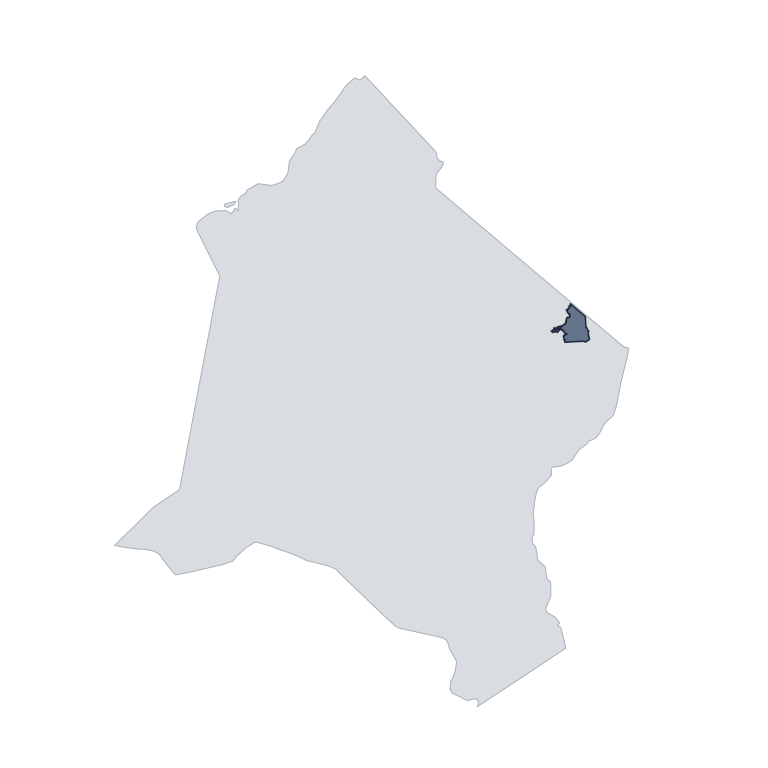 Kilgoris, Rift Valley, Kenya (highlighted), rotated 191°
{"feature_id": "3690345B49962205101636", "entity_name": "Kilgoris", "entity_type": "district", "adm_level": 2, "iso_a3": "KEN", "parent_name": "Kenya", "parent_adm1": "Rift Valley", "projection": "orthographic", "projection_center": [35.018, -1.222], "detail": "fine", "context": "in_parent", "style": "filled", "palette": "slate", "viewbox_px": 768, "rotation_deg": 191, "n_neighbors": 0, "source": "geoboundaries", "source_scale": "gbopen_adm2", "svg_char_len": 7495}
<svg xmlns="http://www.w3.org/2000/svg" viewBox="0 0 768 768"><g transform="rotate(191 384 384)"><path d="M150.6,465.9L150.4,455.9L151.8,430.4L151.6,408.0L152.9,396.8L158.4,389.7L161.0,384.6L162.8,377.4L165.7,371.5L172.3,366.7L173.4,364.1L180.4,356.1L184.6,345.8L187.7,342.3L191.6,339.1L194.4,337.4L199.0,335.7L202.5,334.7L203.2,333.9L203.5,332.3L202.3,325.9L203.8,323.8L206.3,319.6L209.0,315.6L211.6,313.1L213.0,310.5L213.6,306.0L213.7,302.9L213.7,297.7L212.9,285.9L210.0,276.1L208.1,265.1L209.5,261.4L207.2,255.0L206.0,254.6L204.1,253.2L201.7,247.2L199.9,241.6L198.8,240.2L190.9,235.4L187.0,223.9L182.6,221.4L180.2,210.0L179.8,206.8L182.3,195.4L182.0,192.8L179.4,190.4L172.0,188.0L166.1,183.3L166.8,181.7L167.3,180.0L164.1,178.9L155.0,159.5L166.8,147.9L178.7,136.1L193.9,121.2L207.9,107.5L220.0,95.7L230.7,85.2L230.5,87.2L230.5,89.8L231.8,91.5L234.1,92.6L237.1,91.4L239.8,89.8L242.4,89.4L258.6,93.8L261.3,97.6L261.2,101.8L261.9,104.8L260.6,107.7L259.3,116.8L259.7,125.1L264.5,131.3L268.9,136.1L272.4,142.9L274.9,145.0L278.4,146.1L289.5,146.4L306.0,146.8L321.8,147.3L323.3,147.4L326.6,148.3L341.3,157.5L354.6,166.0L365.9,173.3L376.9,180.4L387.6,187.3L395.9,193.0L404.1,194.8L417.3,195.6L426.5,195.9L435.0,198.4L447.6,200.6L457.0,201.8L462.6,203.1L478.4,204.4L481.0,203.7L487.9,197.3L495.6,187.0L498.6,181.3L508.6,175.7L526.2,167.8L538.6,162.3L552.3,156.8L558.6,161.6L567.3,169.4L571.2,173.3L574.3,175.0L579.0,176.1L584.7,176.1L587.8,176.0L594.2,175.0L609.1,174.1L617.6,174.2L610.5,184.5L602.0,196.8L586.4,219.6L574.4,231.5L565.3,240.6L564.5,242.2L564.6,252.3L564.8,277.0L565.1,326.5L565.4,376.0L565.6,425.5L565.7,450.2L565.7,458.6L573.7,469.0L581.5,479.2L591.8,492.6L597.3,499.9L598.2,502.3L597.9,507.1L589.4,517.2L582.4,521.7L573.0,523.9L570.2,523.5L566.5,522.0L565.0,524.5L563.9,528.2L561.9,527.4L560.3,526.3L561.2,533.0L562.2,536.3L560.7,540.8L556.2,544.7L555.7,548.0L545.8,556.6L531.8,557.5L524.4,561.8L521.2,565.3L518.6,573.0L519.4,584.7L515.5,593.8L514.7,598.3L507.5,604.2L504.3,609.5L501.9,615.0L499.8,617.4L497.3,629.7L493.9,637.2L492.9,639.6L492.1,641.9L489.4,646.2L487.7,649.2L486.5,651.2L477.9,670.3L471.1,678.9L465.9,677.9L462.4,681.3L462.1,682.8L460.2,681.9L455.9,678.8L446.9,672.3L438.0,665.8L429.1,659.3L420.1,652.8L411.1,646.3L402.2,639.8L393.2,633.3L384.3,626.8L379.0,623.0L376.7,620.7L374.9,616.2L374.0,615.1L371.6,613.7L368.8,613.4L367.9,612.6L368.0,610.4L369.0,607.3L372.3,601.3L372.7,597.8L372.0,593.9L371.0,587.5L370.1,586.0L364.2,582.7L351.7,575.7L339.2,568.7L326.7,561.7L314.2,554.7L301.7,547.7L289.2,540.7L276.7,533.7L264.2,526.7L251.6,519.7L239.1,512.7L226.6,505.7L214.1,498.7L201.6,491.7L189.0,484.7L176.5,477.8L164.0,470.8L159.3,468.1L155.1,465.9L150.6,465.9ZM566.4,534.2L564.2,534.8L565.4,531.4L571.8,527.1L574.4,528.1L574.9,529.1L574.7,530.0L573.6,530.8L566.4,534.2Z" fill="#d9dde1" stroke="#a8b0b8" stroke-width="1"/><path d="M190.9,466.7L191.2,468.4L191.6,469.3L192.6,470.2L192.6,470.3L192.5,470.7L192.4,471.1L192.7,471.4L192.9,472.1L192.9,472.5L193.3,473.1L193.3,473.3L193.5,473.9L193.2,474.7L193.0,474.9L193.4,475.2L193.9,475.4L194.0,475.5L194.3,475.7L194.7,476.2L194.6,476.5L195.1,476.9L195.4,477.2L195.7,477.4L195.7,477.9L195.8,478.1L196.1,478.2L196.5,478.1L197.3,481.1L197.3,481.3L197.6,482.1L197.8,482.9L198.0,483.8L199.2,488.6L216.0,498.1L216.1,497.9L216.4,498.0L216.4,497.8L216.2,497.6L216.5,497.4L216.7,497.5L216.3,497.1L216.3,496.9L216.3,496.5L216.5,496.4L216.0,496.2L216.3,496.1L216.3,495.8L216.6,495.8L216.6,495.7L216.5,495.4L216.5,495.2L216.8,494.8L217.2,494.7L216.9,494.4L217.0,494.3L217.0,494.0L216.9,493.9L217.0,493.7L217.1,493.4L216.9,493.3L217.0,493.1L217.4,493.1L217.5,493.1L217.5,492.9L217.5,492.7L217.7,492.2L218.3,492.3L218.5,492.2L218.3,491.8L218.6,491.6L218.6,491.4L218.8,491.3L218.2,491.0L218.3,490.6L218.1,490.5L218.0,490.4L218.0,490.2L217.8,490.2L217.7,489.9L217.8,489.6L217.5,489.5L217.4,489.3L217.2,489.3L217.0,489.0L216.8,488.9L216.6,488.9L216.3,488.7L216.2,488.4L216.3,488.3L216.0,488.0L215.8,488.1L215.7,488.2L215.4,488.0L215.2,487.8L215.3,487.7L215.2,487.7L215.0,487.9L215.1,488.0L214.9,487.9L214.9,487.6L214.7,487.6L215.0,487.5L215.0,487.4L214.8,487.3L214.8,487.2L214.6,486.8L214.8,486.7L214.6,486.5L214.6,486.2L214.4,485.9L214.5,485.8L214.6,485.6L214.7,485.4L214.8,485.3L214.8,485.2L214.5,485.1L214.6,484.9L214.8,484.9L214.9,485.0L215.0,485.0L215.2,484.9L215.2,484.7L215.4,484.7L215.5,484.5L215.8,484.5L216.0,484.5L216.2,484.4L216.2,484.5L216.2,484.4L216.4,484.4L216.5,484.5L216.7,484.4L216.8,484.3L216.9,484.2L217.0,484.1L216.9,483.9L216.9,483.7L217.0,483.6L217.2,483.4L217.2,483.2L217.3,483.2L217.3,482.9L217.2,482.9L217.1,482.7L217.3,482.4L217.4,482.2L217.4,481.9L217.4,481.7L217.5,481.6L217.5,481.4L217.4,481.4L217.3,481.1L217.1,480.9L217.1,480.7L216.9,480.6L217.0,480.5L216.9,480.4L217.0,480.2L217.4,479.8L217.0,479.3L217.2,479.1L217.1,478.9L217.3,478.4L217.2,478.4L217.3,478.2L217.5,478.3L217.6,478.1L217.4,478.0L217.4,477.9L217.8,477.7L218.0,477.5L218.1,477.4L218.0,477.2L218.4,477.1L218.4,476.8L218.6,476.7L218.9,476.6L218.9,476.4L219.2,476.3L219.5,475.9L219.7,475.4L219.9,475.3L219.9,475.1L220.1,475.1L220.2,474.9L220.3,475.0L220.6,474.9L220.7,474.6L220.8,474.5L220.7,474.2L220.9,474.2L221.3,474.3L221.4,474.5L221.6,474.1L221.8,474.0L222.7,473.7L222.8,473.7L222.9,473.9L223.1,473.9L223.3,474.0L223.7,473.5L223.9,473.4L224.0,473.2L224.3,473.3L224.4,473.2L224.4,472.9L224.3,472.6L224.5,472.6L224.4,472.4L224.7,472.1L225.0,472.0L225.2,471.8L225.3,471.9L225.4,471.7L225.1,471.3L225.3,471.4L225.4,471.2L225.2,471.2L225.3,470.6L225.2,470.5L225.4,470.4L225.6,470.3L225.7,470.5L225.8,470.5L226.0,470.5L226.1,470.4L226.1,470.6L226.3,470.5L226.3,470.9L226.3,471.0L226.5,471.1L226.6,471.3L226.7,471.1L226.8,471.2L226.7,471.3L227.0,471.4L227.0,471.2L227.4,471.0L227.6,471.1L227.5,470.7L227.3,470.7L227.5,470.6L227.6,470.4L227.8,470.3L227.8,470.2L227.7,470.1L227.8,469.7L228.1,469.6L228.2,469.4L228.3,469.5L228.5,469.4L228.6,469.1L228.7,468.9L228.6,468.2L228.7,468.5L228.8,468.5L229.0,468.6L229.1,468.3L229.2,468.2L229.4,468.1L229.2,468.0L229.3,467.9L229.4,468.0L229.6,467.9L229.6,467.7L229.4,467.8L229.3,467.7L229.2,467.8L229.0,467.6L228.0,466.8L227.8,467.0L227.5,467.3L226.4,467.8L226.2,467.8L226.0,467.7L225.9,468.3L225.5,468.9L225.4,468.7L225.2,468.8L224.9,468.7L224.4,468.3L224.1,468.2L223.9,467.8L223.7,467.7L223.6,467.9L222.0,470.6L222.4,470.8L222.8,470.9L223.0,470.8L223.2,471.1L223.4,471.1L222.6,472.0L222.0,472.8L221.9,472.9L221.9,472.7L221.9,472.4L221.7,472.4L221.8,472.3L221.8,472.0L221.5,472.0L221.2,471.8L220.7,471.1L220.0,471.3L219.9,471.5L219.1,471.0L219.4,470.8L219.4,470.7L218.9,470.5L218.5,470.2L218.1,470.3L217.6,470.2L217.3,469.8L217.0,469.2L217.0,468.7L216.8,468.6L216.1,468.6L215.8,468.3L215.2,468.1L214.7,468.3L214.1,468.1L214.2,467.8L214.1,467.7L214.3,467.3L214.5,467.3L214.9,467.5L215.0,467.4L215.2,467.1L215.5,467.1L215.7,466.8L215.9,466.7L216.1,466.4L216.2,466.0L216.3,466.0L216.3,465.9L216.6,465.9L216.6,465.7L216.4,465.6L216.5,465.5L216.6,465.4L216.9,465.4L217.1,465.3L217.0,464.9L216.7,464.6L216.4,463.4L215.8,462.9L215.8,462.5L215.3,462.5L215.2,462.1L215.3,462.1L215.4,461.8L215.1,461.9L215.0,461.6L214.7,461.5L214.9,461.0L214.6,460.7L214.4,459.5L212.4,460.0L212.2,460.0L210.8,460.4L210.1,460.5L208.7,461.0L207.8,461.2L207.3,461.3L207.1,461.4L205.1,461.8L203.6,462.3L203.0,462.3L202.1,462.6L199.8,463.2L198.3,463.5L197.2,463.8L196.1,464.1L195.7,464.0L195.2,464.1L194.4,463.6L194.2,463.8L193.9,463.8L192.8,464.9L192.2,465.5L190.9,466.7Z" fill="#64748b" stroke="#1e293b" stroke-width="1.5"/></g></svg>